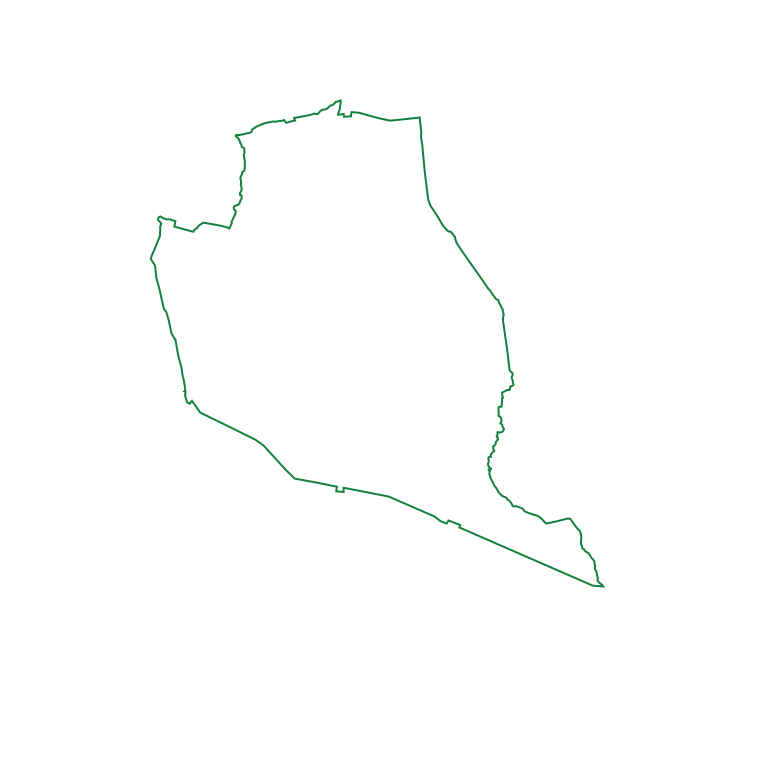 outline of Poieni-Solca, Suceava, Romania, rotated 237°
{"feature_id": "2599482B63167741030022", "entity_name": "Poieni-Solca", "entity_type": "district", "adm_level": 2, "iso_a3": "ROU", "parent_name": "Romania", "parent_adm1": "Suceava", "projection": "albers", "projection_center": [25.88, 47.689], "detail": "fine", "context": "isolated", "style": "outline", "palette": "green", "viewbox_px": 768, "rotation_deg": 237, "n_neighbors": 0, "source": "geoboundaries", "source_scale": "gbopen_adm2", "svg_char_len": 6152}
<svg xmlns="http://www.w3.org/2000/svg" viewBox="0 0 768 768"><g transform="rotate(237 384 384)"><path d="M615.8,256.5L608.1,256.5L602.7,253.8L596.9,250.9L584.3,246.8L575.2,243.3L567.1,240.4L565.5,240.5L563.4,240.7L562.1,240.3L559.3,239.6L553.9,237.9L542.6,233.4L536.5,233.0L534.8,233.4L533.8,232.7L530.8,231.6L527.8,230.2L524.4,228.8L519.7,226.8L510.7,223.9L506.5,222.4L503.9,221.1L500.0,219.4L496.2,218.2L490.7,215.7L487.5,214.2L486.4,213.2L486.4,212.7L485.7,213.3L482.4,210.8L475.9,208.9L473.3,210.2L474.4,213.8L460.1,214.3L435.8,228.9L407.2,245.9L397.9,249.5L365.2,254.9L353.2,257.7L338.5,273.3L323.5,288.6L320.0,285.5L315.4,291.3L319.0,293.6L287.1,326.6L245.7,354.0L238.0,356.8L232.9,360.5L234.4,363.8L224.3,371.0L222.6,369.1L101.1,449.3L94.8,457.6L96.9,457.5L100.2,456.3L102.1,456.0L102.9,456.0L104.0,456.9L104.6,457.5L107.2,458.4L110.7,459.9L114.0,460.2L115.1,460.7L116.5,461.9L117.2,462.4L118.8,462.7L120.0,463.5L120.8,463.9L122.9,463.8L124.9,463.3L128.1,463.4L130.7,463.4L131.6,463.0L133.2,462.0L134.3,461.7L136.8,461.6L137.5,461.0L138.4,460.9L140.3,461.9L142.2,462.0L143.9,462.8L146.5,465.0L149.4,466.8L151.4,467.6L154.3,468.2L155.9,467.8L158.3,467.4L161.5,467.1L169.3,466.8L171.1,465.0L171.4,463.9L175.5,452.0L178.3,444.7L178.9,444.0L182.6,443.1L184.5,443.0L187.7,441.9L189.9,440.9L191.9,439.2L193.6,437.7L195.1,436.7L196.1,435.7L198.4,434.1L200.4,432.7L201.4,432.6L203.0,432.5L204.1,432.2L206.9,430.4L208.3,429.4L209.6,428.2L210.2,426.9L210.6,426.1L211.2,425.6L211.8,425.4L212.7,425.7L214.4,425.8L215.8,425.8L218.4,425.3L219.5,424.8L219.8,424.7L221.3,424.7L222.4,424.4L223.9,423.4L225.8,422.1L226.9,421.9L228.0,421.8L229.0,421.4L230.6,421.2L232.6,421.3L234.7,421.5L236.3,421.4L238.4,421.2L239.9,421.2L240.4,421.3L241.5,421.8L243.5,421.8L245.8,421.9L247.0,422.2L247.9,422.2L249.0,422.9L250.6,423.1L251.2,423.3L251.8,424.0L252.4,424.4L252.8,425.0L253.2,425.3L253.7,425.2L254.1,424.9L254.5,424.8L255.0,424.9L255.2,425.4L254.6,426.5L254.3,427.1L254.4,427.5L254.9,427.6L255.5,427.4L257.7,426.7L258.4,427.1L259.0,427.3L259.9,427.4L260.5,427.8L261.4,429.0L262.1,429.8L263.0,430.2L264.1,430.7L264.5,430.9L265.3,431.3L265.4,431.8L265.5,432.4L265.3,433.2L264.8,433.8L264.7,434.0L265.0,434.2L265.7,434.5L266.1,434.6L266.7,435.0L267.1,436.5L267.5,437.8L267.7,438.3L267.7,439.3L267.6,439.8L268.0,440.2L268.9,440.2L269.9,440.1L270.6,440.6L271.1,441.1L272.3,441.6L272.4,441.9L272.4,442.9L272.3,443.7L272.4,444.0L272.7,444.6L273.6,445.4L274.8,447.1L275.1,447.6L275.3,448.4L275.1,449.1L276.0,450.0L276.8,450.2L277.7,449.8L278.2,449.7L278.8,450.1L279.6,451.4L280.1,451.9L280.8,452.4L281.7,452.8L281.7,453.2L280.9,454.1L280.3,454.7L279.6,456.3L279.5,457.5L279.6,458.0L280.1,458.9L280.4,459.5L280.8,459.9L281.3,460.1L282.2,460.2L282.7,460.2L283.3,460.1L284.1,460.4L284.4,460.6L285.2,460.8L285.9,460.8L286.9,460.4L287.1,460.3L287.8,460.3L288.1,460.7L288.5,461.9L288.7,462.3L289.8,462.9L291.1,463.4L292.4,463.6L293.5,463.5L294.2,463.1L294.6,462.8L295.1,462.8L295.6,463.3L297.3,464.4L298.7,465.2L300.2,466.2L301.1,466.6L302.0,467.5L302.1,468.2L301.4,469.6L301.0,470.0L300.9,470.2L303.2,472.1L307.1,474.9L307.8,475.3L307.6,476.0L308.4,476.5L309.3,476.8L309.8,477.0L311.6,477.8L312.5,478.4L312.1,481.5L312.1,483.2L310.7,486.1L313.1,488.6L312.4,491.3L312.9,492.3L314.7,492.8L317.2,493.9L319.0,494.2L320.4,495.0L321.6,497.0L323.3,497.6L324.4,497.4L326.7,496.8L329.8,498.1L344.7,505.5L371.4,517.9L374.5,519.6L376.2,521.5L377.5,522.5L380.1,523.1L381.7,524.2L383.3,524.1L385.9,524.6L389.2,524.7L391.0,525.3L392.4,525.4L393.1,525.1L393.5,524.5L393.9,524.3L395.0,524.1L399.6,523.9L405.2,523.8L405.8,523.6L406.3,523.4L423.7,522.9L454.7,521.7L463.1,521.8L467.1,522.9L468.7,523.6L469.3,523.7L469.8,523.4L471.8,523.5L473.2,523.1L474.2,523.1L474.9,523.0L476.7,521.4L477.5,520.9L478.0,520.7L480.8,520.2L484.7,519.7L492.8,520.1L497.9,520.2L509.0,520.1L514.4,521.5L522.2,525.2L540.3,534.0L563.1,546.0L570.8,549.5L575.0,552.5L585.8,557.9L588.0,559.1L595.7,543.9L601.1,533.3L602.5,531.6L609.4,524.7L620.6,514.7L624.8,511.1L629.7,504.9L628.2,503.4L626.5,502.1L629.9,496.0L632.4,497.2L634.7,492.2L636.0,493.1L638.3,496.3L640.8,498.4L644.0,501.3L645.5,502.0L646.4,498.2L646.9,496.9L646.2,494.9L645.9,493.6L646.2,492.4L646.6,491.1L646.5,489.5L646.1,487.7L646.0,485.6L646.5,483.8L647.0,482.8L647.6,481.5L647.5,480.1L647.3,477.9L647.0,477.2L646.7,476.0L646.6,475.5L647.1,474.3L648.5,473.2L650.1,468.0L651.8,463.8L656.0,453.5L653.3,452.8L653.8,452.2L655.3,447.3L656.1,444.7L656.8,444.1L658.0,444.1L659.2,443.9L659.7,444.0L660.7,440.9L661.3,440.0L662.6,437.2L663.0,435.9L664.4,434.3L666.3,429.7L667.8,425.7L668.7,421.0L669.3,417.4L669.3,412.8L669.0,411.6L667.8,410.4L667.6,409.4L667.8,408.0L668.6,406.3L669.0,405.2L669.8,402.6L671.8,397.9L673.2,396.1L673.1,395.0L672.5,394.8L671.7,394.9L669.6,395.6L666.6,395.4L666.1,395.2L665.0,394.9L663.7,394.8L662.1,394.7L661.1,394.0L660.5,394.0L659.0,394.5L658.4,395.0L657.6,395.0L656.8,394.7L655.7,393.8L654.5,393.6L653.7,392.7L653.0,391.6L650.4,390.2L646.6,388.7L641.7,385.4L639.8,383.9L639.2,383.1L639.0,382.8L639.0,382.1L638.9,380.4L638.3,379.9L637.5,379.5L637.1,379.0L636.5,377.8L635.7,376.4L634.5,375.4L632.8,374.9L631.1,374.2L629.8,373.1L628.9,372.4L627.6,372.0L626.4,371.4L625.7,371.0L624.6,370.6L624.0,369.8L623.3,368.7L622.9,367.8L622.7,367.2L621.7,366.7L621.3,366.3L620.6,366.4L620.1,367.1L619.4,367.0L618.6,366.6L617.3,365.7L616.6,364.9L616.2,363.6L615.3,362.6L614.6,361.7L613.8,360.3L613.7,359.2L613.9,358.6L614.2,357.2L614.6,355.2L614.3,354.6L613.7,354.1L612.1,353.3L611.9,353.4L611.2,353.5L610.0,353.9L609.3,353.7L609.0,353.4L607.9,352.1L607.0,351.1L603.3,344.8L602.8,344.4L601.9,344.0L601.2,343.1L598.6,339.0L600.1,338.3L604.4,334.5L607.7,331.1L617.9,320.2L617.7,319.3L617.7,317.9L617.8,316.8L617.7,315.9L617.5,314.1L616.7,312.6L616.6,312.2L616.6,309.2L616.5,308.8L615.6,307.4L615.6,307.0L615.8,306.7L622.3,300.9L630.2,293.9L634.2,297.7L638.6,294.2L640.8,290.9L643.6,289.0L646.3,287.7L646.5,286.2L645.9,284.9L644.9,283.9L643.4,284.0L641.4,284.6L639.7,284.5L638.3,282.5L636.6,281.2L635.0,280.2L633.8,279.4L632.6,278.3L631.0,277.4L629.9,276.3L622.2,265.3L617.9,258.8L615.8,256.5Z" fill="none" stroke="#15803d" stroke-width="2"/></g></svg>